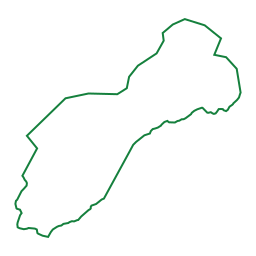 outline of Unicoi, Tennessee, United States of America
{"feature_id": "52423323B48886024703074", "entity_name": "Unicoi", "entity_type": "district", "adm_level": 2, "iso_a3": "USA", "parent_name": "United States of America", "parent_adm1": "Tennessee", "projection": "natural_earth1", "projection_center": [-82.426, 36.107], "detail": "fine", "context": "isolated", "style": "outline", "palette": "green", "viewbox_px": 256, "rotation_deg": 0, "n_neighbors": 0, "source": "geoboundaries", "source_scale": "gbopen_adm2", "svg_char_len": 1493}
<svg xmlns="http://www.w3.org/2000/svg" viewBox="0 0 256 256"><path d="M172.8,24.5L162.7,33.0L163.7,40.7L156.6,53.4L137.9,65.7L129.1,76.8L126.8,88.2L117.3,94.2L88.5,93.5L65.5,98.3L26.9,135.8L37.1,148.4L22.4,175.8L23.6,177.5L24.7,179.8L26.2,181.5L26.9,183.1L26.6,185.6L24.0,188.6L21.5,191.2L17.2,199.7L16.0,200.8L15.8,201.6L15.4,203.9L16.5,208.4L16.8,208.7L20.0,209.7L21.6,213.1L20.1,215.2L17.7,222.3L17.3,224.4L17.7,227.3L19.5,228.2L23.8,229.2L26.9,228.7L28.6,228.0L34.9,228.6L36.8,229.5L37.4,233.0L38.2,233.7L42.6,235.7L48.1,236.9L50.8,232.1L52.8,229.5L57.0,226.8L58.8,226.0L61.4,225.5L63.4,223.9L68.3,223.0L69.5,222.1L71.9,221.2L74.1,221.4L77.3,220.1L78.2,220.0L81.2,216.5L88.5,210.1L90.1,209.2L90.7,208.5L90.8,206.7L91.5,205.6L96.1,204.0L101.7,199.5L103.9,198.6L129.1,152.4L133.2,144.8L136.1,141.9L144.4,135.3L149.9,133.5L150.8,131.1L152.7,129.1L155.1,128.5L157.8,127.6L161.1,125.5L161.4,124.8L164.4,122.0L167.4,120.9L168.2,121.7L169.1,122.3L174.9,122.5L177.5,121.0L179.3,120.7L181.6,119.3L183.7,119.2L185.6,118.2L191.0,114.2L191.8,112.8L194.3,110.8L197.3,109.3L202.0,107.7L202.6,107.9L207.2,112.6L208.2,112.8L210.8,112.2L212.6,113.4L213.9,113.9L215.6,113.4L217.0,111.7L218.7,109.1L221.0,109.0L222.8,109.1L223.6,110.2L226.1,111.1L227.8,109.8L228.4,108.7L229.5,106.7L231.7,105.2L232.4,104.7L233.0,104.1L233.3,103.4L237.1,99.9L239.0,97.5L240.0,94.2L240.6,92.6L236.7,68.8L226.1,57.2L214.3,54.8L221.0,38.4L204.7,25.3L184.8,19.1L172.8,24.5Z" fill="none" stroke="#15803d" stroke-width="2"/></svg>